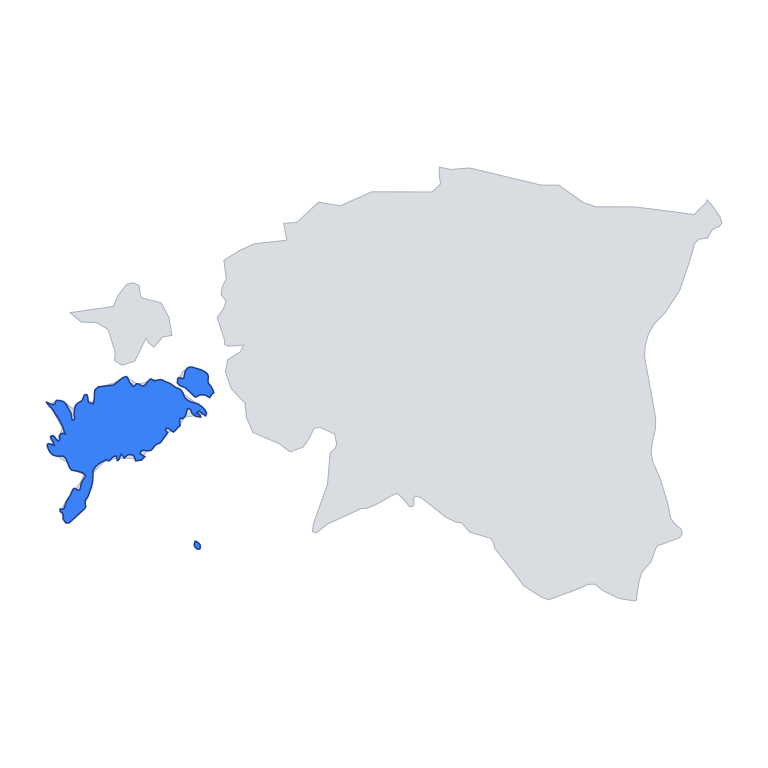 where Saare sits in Estonia
{"feature_id": "EST-2352", "entity_name": "Saare", "entity_type": "Municipality", "adm_level": 1, "iso_a3": "EST", "parent_name": "Estonia", "parent_adm1": "", "projection": "mercator", "projection_center": [22.596, 58.233], "detail": "fine", "context": "in_parent", "style": "filled", "palette": "blue", "viewbox_px": 768, "rotation_deg": 0, "n_neighbors": 0, "source": "natural_earth", "source_scale": "10m", "svg_char_len": 5789}
<svg xmlns="http://www.w3.org/2000/svg" viewBox="0 0 768 768"><path d="M636.4,600.4L633.7,600.9L618.8,598.4L602.4,590.3L595.2,584.2L588.1,584.3L579.5,588.3L548.8,599.8L541.3,597.1L523.7,585.8L514.8,573.5L495.1,548.9L493.5,543.1L490.9,538.4L469.8,532.2L462.0,523.1L455.5,521.9L446.0,517.3L421.3,497.8L415.1,496.0L413.6,499.3L414.0,503.9L412.5,506.5L409.3,506.5L403.6,499.3L396.8,493.0L375.4,504.8L367.7,508.0L360.9,508.7L327.0,524.3L316.7,532.7L312.4,531.8L313.4,524.0L327.5,484.3L330.1,452.8L335.2,448.4L336.7,444.0L334.5,433.9L319.9,427.4L314.0,428.4L308.6,439.3L303.1,447.1L290.2,451.9L279.1,443.6L253.1,432.6L246.5,417.8L244.9,403.0L231.2,388.6L225.4,371.6L227.7,359.7L240.2,351.9L243.8,345.1L228.0,346.2L224.8,344.6L224.1,338.4L217.2,317.5L223.3,309.2L226.1,301.2L221.0,294.4L222.3,286.6L226.3,278.7L223.9,260.3L239.5,250.5L254.7,243.7L286.8,240.2L283.7,223.3L296.7,222.5L318.6,202.2L340.3,205.8L371.8,191.8L432.3,192.0L440.6,183.9L439.2,175.8L439.4,167.1L450.7,169.5L469.8,168.0L541.1,185.1L558.7,185.1L583.0,202.4L596.1,206.8L634.7,206.9L694.3,214.5L706.0,202.8L707.1,199.8L712.8,206.3L720.0,216.8L721.9,222.9L719.5,226.4L712.3,229.4L710.7,232.6L707.5,238.1L699.1,239.1L694.8,243.2L689.7,260.9L679.8,290.2L665.3,312.5L653.7,324.6L648.5,333.9L645.2,345.1L644.5,356.3L655.6,417.4L655.5,428.4L652.9,439.6L651.0,451.0L652.5,461.0L659.9,477.8L667.7,503.0L670.8,518.9L676.0,524.8L681.0,529.1L682.1,531.8L681.9,534.6L679.3,537.8L656.8,546.1L653.9,553.2L651.4,561.1L641.6,572.7L638.6,583.5L636.7,596.0L636.4,600.4ZM130.0,379.3L137.6,384.2L144.6,382.7L151.7,379.2L167.1,382.5L202.3,407.5L205.5,414.2L184.6,417.2L179.8,424.9L174.8,430.2L168.8,431.9L158.7,442.7L145.0,452.9L142.1,459.1L117.3,457.9L103.8,461.8L92.8,473.2L88.3,495.3L80.3,512.5L72.2,518.7L63.7,519.6L61.7,513.2L62.5,506.7L80.4,482.4L84.1,474.5L75.2,471.0L67.7,462.6L51.4,452.6L48.4,444.6L52.4,444.0L55.9,441.7L60.3,435.0L62.3,427.3L49.3,404.7L55.9,401.2L64.2,402.0L72.7,408.6L82.0,400.9L86.0,399.8L92.5,402.5L99.1,387.6L114.8,382.6L122.5,378.0L130.0,379.3ZM162.8,336.9L154.0,347.1L148.8,343.0L146.1,338.1L134.8,361.2L122.0,365.1L114.6,360.6L115.2,352.0L108.0,329.4L96.9,322.7L81.3,322.1L70.0,312.7L113.5,306.4L118.0,295.5L126.8,284.2L133.5,282.9L139.1,285.6L140.2,294.4L141.6,297.9L161.3,302.9L169.0,317.7L171.9,335.4L162.8,336.9ZM207.7,393.8L198.8,395.9L177.8,381.4L182.6,371.5L188.7,367.6L206.6,373.7L209.1,388.7L207.7,393.8Z" fill="#d9dde1" stroke="#a8b0b8" stroke-width="1"/><path d="M195.6,403.1L198.3,404.1L201.8,406.6L205.0,409.8L206.6,413.1L205.7,415.9L198.9,411.1L196.4,413.1L197.7,413.4L199.0,414.0L200.0,415.2L200.7,417.1L196.1,416.4L194.0,415.2L191.9,413.1L191.5,412.1L191.1,410.6L190.4,409.3L189.4,408.7L187.7,408.7L187.5,409.1L186.9,410.3L186.7,411.0L186.1,414.0L185.7,415.2L184.9,416.5L184.2,417.3L182.6,418.6L181.9,418.5L180.9,418.1L180.0,418.5L179.6,420.8L179.6,422.0L179.8,423.4L180.0,424.6L180.2,425.6L177.8,427.5L175.5,430.4L173.3,432.1L168.6,428.3L166.1,428.4L165.4,430.2L167.7,432.7L160.6,442.5L158.9,443.5L157.2,444.0L155.4,445.2L152.2,449.2L150.8,450.4L148.4,450.8L143.5,450.3L141.1,451.0L140.0,453.6L144.9,456.7L141.4,460.1L135.6,460.9L134.1,456.2L132.4,455.1L130.5,454.6L128.5,454.7L126.7,455.6L125.1,457.3L124.4,458.1L123.9,457.7L122.7,455.6L121.2,454.3L120.3,455.7L119.4,459.1L118.6,459.8L118.3,460.2L117.9,460.5L117.2,460.6L117.2,459.9L116.6,456.9L116.5,456.2L115.0,456.1L113.1,457.0L111.4,458.4L110.3,459.9L109.1,460.9L107.9,460.4L106.6,459.7L105.5,459.9L104.7,460.5L102.7,461.7L101.8,461.9L98.6,463.9L95.6,466.7L94.2,468.8L93.4,469.5L93.1,470.5L92.9,478.1L92.4,482.5L91.5,486.9L88.5,495.2L87.7,497.1L86.5,498.7L85.4,500.5L85.2,502.5L85.7,507.0L84.3,509.0L69.2,522.9L65.8,523.0L62.9,518.7L63.4,516.4L63.0,514.2L62.0,512.5L60.5,511.9L60.2,511.5L60.0,510.8L60.0,509.8L60.1,509.0L62.9,509.2L63.7,509.0L64.5,507.6L65.7,503.3L66.3,501.5L70.3,495.2L72.2,490.9L73.2,489.1L74.3,488.3L75.8,488.8L77.2,489.7L78.5,490.3L79.8,489.7L80.4,488.3L81.0,484.1L81.7,482.1L85.7,475.9L83.3,473.2L79.2,471.5L71.7,470.2L69.7,468.0L65.8,458.4L63.3,456.2L56.4,456.1L52.9,455.0L49.9,452.2L48.1,448.6L47.3,446.3L47.2,444.5L48.6,443.6L54.2,445.2L53.0,442.1L51.1,438.9L50.5,436.5L52.7,435.5L54.6,436.9L56.4,439.5L58.1,441.1L60.1,439.5L59.2,436.0L60.6,433.8L63.0,433.2L65.2,434.0L64.2,431.6L62.9,427.2L58.2,418.0L55.9,415.0L53.4,410.6L52.0,408.7L49.0,405.8L46.1,401.9L51.7,404.5L53.5,404.5L55.1,403.9L55.3,403.2L55.3,402.1L56.4,400.4L60.4,400.5L63.5,401.6L66.2,404.3L70.9,413.0L71.5,415.1L71.7,417.9L71.9,419.1L72.3,419.7L72.9,420.0L73.6,420.0L74.5,419.2L74.6,417.5L74.0,414.5L74.6,409.1L75.1,406.8L76.2,404.5L77.6,403.2L81.0,401.3L82.4,399.7L83.6,396.9L84.1,395.4L84.8,394.7L86.8,394.6L87.1,395.1L87.4,396.1L87.8,397.4L87.9,398.3L88.1,400.8L88.5,402.0L90.0,403.1L93.2,403.7L94.3,399.6L94.4,394.0L94.9,389.9L98.4,386.8L113.5,385.1L122.9,377.6L126.4,376.5L127.6,377.6L129.5,382.5L130.7,383.6L131.4,384.0L132.5,385.9L133.3,386.4L134.4,385.9L136.3,384.0L137.0,383.6L139.2,384.2L140.9,385.4L142.8,386.1L145.1,385.1L148.6,380.6L150.8,378.9L154.5,380.9L160.2,379.5L162.6,380.1L165.0,381.5L169.9,383.3L174.9,386.9L180.7,389.6L182.9,392.7L184.4,396.9L185.3,398.2L186.8,399.7L191.1,402.0L195.6,403.1ZM211.8,387.8L213.4,391.1L213.8,392.8L211.6,394.4L210.7,396.2L209.7,397.5L208.1,396.9L206.4,395.6L204.5,395.0L200.8,394.6L199.3,395.2L196.1,397.0L194.9,396.9L185.4,387.8L179.9,385.6L177.3,382.9L177.7,378.6L179.0,377.5L182.3,378.7L183.9,377.8L184.2,376.7L184.9,372.4L185.4,370.9L187.5,368.0L189.8,367.0L192.1,367.1L201.8,370.0L206.3,372.7L207.7,374.4L208.3,376.4L208.2,378.5L208.0,380.4L208.1,382.2L209.0,384.0L211.0,386.4L211.8,387.8ZM198.8,543.3L199.9,544.5L200.4,546.3L199.9,548.9L197.7,549.2L195.5,547.7L194.3,545.8L194.3,544.1L194.6,542.5L195.0,541.3L196.6,541.5L198.8,543.3Z" fill="#3b82f6" stroke="#1e3a8a" stroke-width="1.5"/></svg>